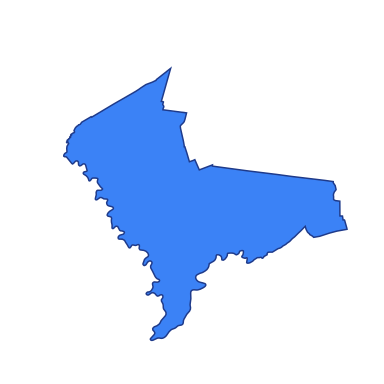 outline of Hong Dan, Bạc Liêu, Vietnam, rotated 234°
{"feature_id": "81297802B80223312825495", "entity_name": "Hong Dan", "entity_type": "district", "adm_level": 2, "iso_a3": "VNM", "parent_name": "Vietnam", "parent_adm1": "Bạc Liêu", "projection": "robinson", "projection_center": [105.381, 9.509], "detail": "fine", "context": "isolated", "style": "filled", "palette": "blue", "viewbox_px": 384, "rotation_deg": 234, "n_neighbors": 0, "source": "geoboundaries", "source_scale": "gbopen_adm2", "svg_char_len": 6048}
<svg xmlns="http://www.w3.org/2000/svg" viewBox="0 0 384 384"><g transform="rotate(234 192 192)"><path d="M97.5,71.8L96.6,71.6L95.9,71.9L95.4,72.5L95.0,73.5L94.1,78.1L93.3,79.5L91.6,81.2L91.0,82.3L90.7,83.4L90.6,85.0L90.8,86.6L92.4,91.2L92.8,93.8L92.7,95.1L91.9,97.9L91.8,99.2L92.0,101.4L91.9,102.5L90.6,105.3L90.5,105.9L90.5,106.7L91.2,107.9L93.0,109.5L93.8,110.7L96.1,115.8L97.1,120.0L98.1,121.8L99.4,122.9L101.3,123.8L102.2,124.4L106.3,128.3L110.7,131.3L111.8,132.2L112.3,132.9L112.5,134.3L112.2,135.4L111.1,136.9L110.3,137.7L109.4,139.1L108.5,141.6L108.0,144.6L107.9,146.3L108.0,147.2L108.3,148.1L108.7,148.5L109.3,148.8L110.2,148.7L112.0,147.4L114.6,145.2L115.8,144.5L116.7,144.2L118.1,144.0L120.0,144.3L120.9,144.9L121.6,145.7L122.0,146.7L122.0,147.9L121.6,150.5L120.8,152.8L120.6,153.9L120.4,156.2L120.5,158.5L121.2,160.5L121.8,161.6L123.9,163.9L123.3,168.8L123.4,169.7L123.6,170.9L124.7,172.8L126.1,174.0L126.5,174.6L126.6,175.0L126.0,176.1L125.3,176.8L123.9,177.5L122.9,177.7L122.1,177.6L121.1,177.2L119.6,176.3L119.2,176.5L118.4,177.4L118.3,179.1L119.0,181.6L119.8,183.1L121.3,184.5L121.4,184.9L120.3,186.8L118.9,188.7L117.4,190.0L115.8,190.5L115.1,191.0L114.8,192.2L114.8,193.5L115.0,194.2L115.9,195.5L116.0,196.0L115.6,197.4L114.8,198.6L114.1,198.9L112.8,198.0L111.3,196.4L110.7,194.7L110.3,194.2L109.8,194.2L108.9,194.6L107.5,195.7L107.1,196.1L106.8,197.4L106.5,197.7L106.0,197.7L105.0,197.0L103.8,195.7L102.7,194.7L102.4,194.7L101.8,195.1L101.1,196.2L100.7,197.3L100.4,200.0L100.4,200.8L100.7,202.3L100.5,206.0L100.2,206.8L99.5,207.6L98.7,209.3L98.4,209.6L97.3,209.8L96.9,210.3L97.1,211.5L97.5,212.3L97.1,215.9L98.0,216.5L98.4,217.4L98.5,218.1L97.9,219.2L96.1,221.7L95.6,228.3L94.9,230.3L94.7,232.0L94.9,233.8L94.5,237.1L94.7,238.6L94.6,242.0L95.3,245.8L95.4,248.6L96.2,253.6L96.6,257.0L97.7,263.4L94.5,262.3L91.7,261.9L90.2,262.1L89.3,262.5L88.5,262.2L85.5,263.5L83.8,263.8L81.1,269.3L78.0,278.9L75.2,286.2L70.7,295.5L71.7,296.0L79.5,298.9L79.9,298.8L80.6,297.8L84.1,299.6L85.7,297.6L97.7,306.2L100.7,303.0L102.0,302.3L102.8,302.2L105.1,303.9L106.1,304.4L107.2,305.3L108.4,307.2L109.0,309.4L109.3,310.0L113.0,311.6L116.3,311.7L116.6,311.8L117.4,312.4L123.2,306.4L145.6,282.2L156.0,271.3L177.0,248.8L197.8,227.0L201.0,223.7L201.9,224.5L205.6,210.9L216.5,213.3L216.9,211.3L218.0,207.7L226.4,210.7L232.8,212.8L233.2,212.3L233.8,212.8L238.3,215.0L250.2,220.1L251.8,221.0L252.2,221.3L252.5,221.8L253.1,225.7L253.5,227.0L254.9,229.0L259.2,234.1L275.6,216.8L276.5,217.7L277.4,219.2L278.1,219.6L280.1,219.8L281.6,221.8L282.1,221.7L283.3,220.4L304.6,247.4L303.9,229.6L303.8,229.0L303.4,228.5L303.6,227.8L304.2,224.4L306.0,217.9L306.3,212.3L306.3,209.3L306.5,205.7L309.2,180.3L311.5,154.8L312.2,154.7L313.3,143.8L312.5,141.5L312.6,140.5L313.0,139.8L312.7,138.3L312.9,137.3L312.4,135.2L311.1,132.7L310.2,132.6L309.9,132.2L309.5,132.1L309.3,131.2L309.7,130.5L309.5,129.7L309.7,129.1L309.7,128.0L309.0,127.9L309.2,127.2L308.5,126.7L308.4,125.9L307.9,126.1L307.7,126.0L307.7,125.7L308.1,125.3L307.5,124.7L307.4,124.3L307.5,123.5L307.0,123.0L307.3,122.5L307.2,121.4L306.2,121.3L306.4,120.8L306.0,120.4L306.2,120.0L306.1,119.8L305.3,119.8L305.1,120.4L304.6,120.8L303.9,120.8L303.6,120.5L302.5,117.8L300.8,116.2L298.5,114.8L297.9,114.3L297.8,113.6L297.9,111.7L297.5,110.5L296.8,109.6L296.3,109.3L295.5,109.6L294.5,110.8L293.6,111.1L285.8,111.5L284.9,111.8L284.8,112.2L284.9,113.6L285.4,115.8L285.2,116.5L284.7,117.2L284.3,117.6L283.1,117.7L280.6,116.2L280.2,116.2L279.1,116.5L278.7,117.6L278.7,120.4L278.3,121.2L277.6,121.7L276.7,121.8L275.9,121.6L270.9,119.7L270.7,119.1L270.8,118.6L271.5,117.0L271.7,115.9L271.2,115.1L270.7,114.9L270.0,114.9L267.6,115.9L265.4,116.2L263.9,116.0L261.8,115.3L261.3,115.5L261.1,116.0L261.0,116.5L261.7,118.6L261.8,119.2L261.6,119.9L260.3,121.8L259.1,123.1L258.3,123.6L257.7,123.4L256.4,121.8L255.5,121.2L254.3,121.0L250.1,121.0L247.9,121.4L247.0,121.4L246.7,120.1L247.0,119.2L248.8,116.8L249.0,116.0L248.7,115.2L248.1,114.3L246.0,112.9L243.9,110.4L243.1,109.6L242.3,109.6L241.8,110.1L241.6,110.7L241.6,114.3L240.8,115.4L239.6,116.1L238.3,116.6L236.2,119.1L235.6,119.3L235.0,119.1L233.6,116.7L232.5,116.1L231.5,115.9L230.6,116.0L229.5,116.6L227.3,118.5L226.1,119.1L225.3,119.0L224.8,118.6L224.5,117.7L224.8,114.0L224.5,112.1L223.7,110.3L223.0,109.7L221.9,109.8L219.9,111.5L219.1,111.8L218.1,111.6L216.6,110.2L214.9,109.1L213.0,108.3L211.6,107.5L210.4,106.5L209.6,106.1L209.2,106.2L208.8,106.6L208.7,107.3L209.0,108.9L209.0,110.5L207.8,111.6L203.6,111.0L202.7,111.3L201.4,112.7L200.0,113.6L199.2,113.7L198.5,112.8L198.2,111.8L199.5,108.1L199.3,106.4L198.4,105.3L197.4,105.0L196.7,105.4L194.7,108.0L192.5,109.0L190.1,108.7L187.4,108.6L185.1,108.3L184.0,108.3L183.6,108.5L183.3,108.9L183.4,109.7L184.2,111.9L184.2,112.5L183.9,113.1L182.1,114.7L181.7,115.4L181.4,116.9L180.9,117.8L179.9,118.1L178.8,117.4L177.7,116.2L176.6,115.9L175.7,116.0L173.1,118.7L171.2,119.9L168.6,120.4L166.5,119.8L165.6,118.6L165.7,115.9L165.4,114.0L163.2,110.8L162.6,110.0L162.0,109.8L160.9,109.9L160.4,110.4L160.2,111.7L160.3,112.3L161.0,113.9L161.4,115.4L161.2,117.1L160.8,117.7L159.8,118.3L158.8,118.3L158.3,118.1L157.7,117.5L156.5,115.1L155.7,114.5L154.8,114.0L151.0,113.5L145.3,112.5L143.9,112.5L142.3,112.8L140.5,113.9L139.9,113.9L139.3,113.6L138.9,112.8L139.2,111.5L139.5,110.8L141.3,108.8L141.6,108.0L141.6,107.1L141.2,106.4L140.9,106.0L138.1,104.7L137.3,103.7L136.7,102.4L136.2,101.2L136.1,100.0L136.3,98.8L137.2,97.1L137.2,96.6L137.0,95.6L136.6,95.1L136.1,95.0L135.4,95.1L134.7,95.6L134.4,96.0L134.2,96.8L134.2,99.9L133.4,101.4L131.7,102.3L129.0,102.5L128.1,102.9L127.9,103.2L127.5,104.2L127.4,105.7L127.0,106.7L126.5,107.1L125.8,107.5L125.0,107.3L124.0,106.6L123.6,106.1L122.9,104.0L121.8,103.2L118.6,102.7L117.4,102.2L115.3,100.8L114.2,100.3L111.0,100.3L110.0,100.2L109.0,99.6L108.2,99.0L107.5,97.6L106.1,91.5L104.9,89.3L104.4,87.7L104.4,84.9L105.1,82.3L105.0,81.1L104.8,80.4L104.5,79.8L103.3,79.2L101.6,79.4L100.5,79.3L100.1,79.2L99.4,78.7L98.9,77.7L97.8,72.4L97.5,71.8Z" fill="#3b82f6" stroke="#1e3a8a" stroke-width="1.5"/></g></svg>